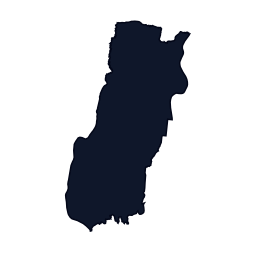 the district of Cheung Prey, Kâmpóng Cham, Cambodia, rotated 7°
{"feature_id": "14789045B53354113316917", "entity_name": "Cheung Prey", "entity_type": "district", "adm_level": 2, "iso_a3": "KHM", "parent_name": "Cambodia", "parent_adm1": "Kâmpóng Cham", "projection": "equal_earth", "projection_center": [105.065, 12.092], "detail": "fine", "context": "isolated", "style": "filled", "palette": "ink", "viewbox_px": 256, "rotation_deg": 7, "n_neighbors": 0, "source": "geoboundaries", "source_scale": "gbopen_adm2", "svg_char_len": 5810}
<svg xmlns="http://www.w3.org/2000/svg" viewBox="0 0 256 256"><g transform="rotate(7 128 128)"><path d="M103.2,234.9L104.4,234.4L104.4,233.0L103.9,232.1L105.5,229.4L107.0,228.4L107.6,227.7L109.7,226.2L110.5,226.3L111.3,226.9L111.6,226.9L112.1,225.7L112.7,225.8L112.7,224.6L114.4,224.8L115.9,225.7L116.7,225.7L117.3,225.3L117.3,224.2L117.4,223.4L116.9,222.0L117.1,221.2L118.1,221.4L118.8,221.1L119.2,221.1L120.0,220.7L120.6,220.8L121.4,220.2L121.9,220.3L121.7,219.8L122.0,219.1L121.6,219.0L120.6,217.4L120.8,217.1L121.9,217.7L121.9,216.9L122.3,216.8L123.0,215.8L124.0,216.2L125.1,217.1L125.5,218.0L126.5,221.2L126.9,221.8L127.6,221.9L128.4,221.6L128.8,222.0L129.1,223.3L129.7,223.7L129.9,222.8L130.4,222.1L130.3,221.1L129.6,220.1L129.9,219.6L130.0,218.7L129.6,217.9L130.5,217.4L131.8,217.1L132.5,219.0L133.1,219.6L133.4,221.6L134.0,221.9L134.8,221.5L135.4,222.1L135.6,223.0L136.0,223.2L136.1,222.1L137.5,221.9L138.3,222.1L138.7,223.2L139.4,223.2L139.9,223.1L140.0,222.3L139.3,221.4L138.8,220.2L138.8,217.9L138.1,216.9L138.4,215.6L139.0,214.8L140.1,214.2L141.6,214.2L142.7,214.1L143.9,213.0L146.6,211.8L147.4,209.7L147.9,209.1L148.9,211.0L149.9,212.1L151.3,212.0L152.9,211.0L153.8,209.9L154.0,208.2L153.4,205.3L152.6,202.5L153.0,201.1L153.3,200.5L151.2,201.5L150.9,200.1L151.7,196.0L152.5,194.5L152.7,192.7L152.3,191.8L151.6,191.4L151.3,190.8L151.3,189.8L151.9,188.9L151.9,185.5L151.5,179.8L151.2,172.7L150.3,170.5L150.2,165.2L150.8,164.3L151.5,164.5L152.0,163.7L152.3,163.5L152.7,163.5L153.2,163.2L153.8,163.4L154.4,162.6L154.7,162.5L155.2,162.0L155.0,161.0L155.2,160.5L155.2,159.4L155.4,158.3L155.0,158.1L155.0,156.7L154.7,156.1L155.4,155.4L155.5,154.8L155.9,154.6L156.4,153.2L156.7,153.2L157.3,152.4L157.4,151.6L157.8,151.3L157.9,150.8L158.5,149.3L160.2,147.4L160.9,147.0L160.5,146.3L160.5,144.9L160.8,144.6L161.1,143.3L161.9,141.9L161.8,141.4L162.7,138.4L162.6,132.0L163.6,131.2L166.6,131.1L166.3,114.5L170.8,114.4L170.5,112.6L167.7,102.8L166.7,97.4L166.7,94.8L167.2,91.7L167.8,90.8L168.4,90.0L170.2,88.3L171.4,87.6L172.3,87.4L173.7,87.5L176.5,87.3L177.9,86.9L178.9,86.2L179.6,85.0L181.5,79.5L181.7,77.8L181.5,76.4L181.3,75.1L180.4,72.5L178.9,69.9L175.5,65.7L173.3,62.4L172.3,60.8L171.5,58.1L171.3,56.1L172.5,51.7L173.3,49.4L173.8,47.7L173.8,46.5L173.5,45.2L172.2,42.4L172.0,40.3L172.2,38.9L173.7,34.8L177.2,28.6L177.7,27.2L177.1,27.4L176.8,27.0L176.7,26.4L176.3,26.5L176.0,26.1L175.5,26.4L174.9,25.7L174.1,26.5L173.9,26.2L173.0,26.4L173.0,26.8L172.6,26.8L172.4,26.4L171.9,26.7L171.0,26.5L170.5,26.8L170.0,26.6L169.7,26.3L168.7,26.0L168.3,26.1L167.9,27.0L167.3,27.8L166.8,28.8L166.0,29.3L164.2,31.3L163.9,32.4L164.0,34.1L163.6,35.1L163.2,35.6L162.9,35.9L161.2,36.3L160.7,36.7L160.3,36.6L159.6,37.1L159.0,36.7L158.7,36.9L158.2,37.0L157.7,36.9L157.2,37.1L156.7,37.4L156.6,38.2L156.7,38.7L156.5,39.0L155.5,38.5L154.9,38.9L154.3,38.6L153.4,38.0L153.3,38.5L152.8,38.5L152.4,38.7L151.0,38.4L150.1,38.5L149.8,38.4L149.0,37.2L148.6,37.1L148.3,36.6L148.1,36.3L148.2,35.2L148.5,34.1L148.5,33.4L148.8,32.5L148.8,30.5L148.7,29.8L148.9,29.3L149.0,28.9L148.7,28.1L149.0,27.1L148.9,26.4L149.2,25.6L148.1,24.3L146.8,24.5L146.2,24.9L145.8,24.5L145.3,24.7L141.7,23.9L141.2,23.9L140.0,23.3L139.6,23.4L139.0,24.1L138.3,23.7L138.0,23.7L137.9,24.5L137.1,24.7L136.5,23.7L135.8,23.7L134.9,24.2L134.4,24.1L133.3,23.3L131.0,23.8L130.2,23.4L129.1,23.3L128.2,22.3L126.4,21.3L125.1,21.1L121.8,21.2L119.2,21.7L118.4,21.8L116.0,22.9L114.6,23.1L114.3,23.3L113.2,23.2L112.7,23.7L111.8,24.0L109.3,24.1L107.0,24.7L105.9,24.6L105.1,25.0L104.6,24.9L104.7,25.7L104.2,26.3L103.9,27.0L103.2,27.4L103.4,28.1L103.6,28.3L104.0,28.4L104.6,29.3L103.4,30.7L103.8,31.2L103.7,31.8L104.1,32.2L104.2,32.6L103.5,33.0L103.6,33.4L104.2,34.4L104.4,35.8L103.9,37.2L104.2,37.5L104.7,37.5L104.9,37.8L104.6,38.2L104.6,39.1L104.3,39.7L103.7,38.8L103.4,39.3L103.3,40.1L102.8,40.3L102.4,40.7L101.2,40.5L100.9,40.9L101.2,41.2L101.8,41.3L101.7,41.8L101.1,42.1L101.0,43.4L101.2,43.9L101.2,45.4L100.5,45.5L99.9,46.3L100.4,46.3L100.4,47.6L101.0,47.7L101.0,48.3L100.2,48.8L100.7,49.6L100.3,50.4L100.7,50.7L100.8,51.1L101.3,50.9L101.9,51.4L101.8,51.8L101.2,51.9L101.4,52.7L101.0,52.8L100.7,53.1L100.7,53.6L101.1,53.5L101.3,54.1L100.9,54.1L100.8,54.7L100.9,55.9L100.6,56.5L100.7,56.9L100.4,57.4L100.7,57.8L100.8,58.3L100.4,58.9L100.5,59.5L101.1,59.0L101.2,59.5L101.8,60.3L101.3,61.2L101.4,61.9L101.2,62.4L100.9,62.5L101.0,63.3L100.6,64.0L100.7,65.1L101.0,65.6L101.7,65.3L101.4,66.2L100.7,66.8L101.1,67.3L101.7,67.1L101.6,67.6L101.8,68.1L102.2,67.9L102.6,68.4L102.7,69.3L102.3,69.6L102.4,70.1L103.2,70.2L102.9,70.6L103.9,71.7L104.2,71.5L104.5,71.8L104.8,71.5L105.1,71.8L104.8,72.6L105.0,72.8L105.5,72.8L105.7,73.5L105.3,73.9L105.5,74.5L105.1,75.2L104.5,75.6L103.9,75.2L103.3,75.7L103.1,76.1L102.6,76.2L102.1,76.8L101.9,76.5L101.1,77.2L100.5,77.0L100.3,77.9L99.9,78.2L99.8,78.6L99.6,79.0L99.9,79.6L99.6,81.3L99.7,81.7L99.7,82.5L99.9,83.4L100.5,83.8L100.7,84.3L101.0,84.5L101.4,85.1L101.9,86.0L102.0,86.5L101.8,87.2L101.4,87.4L100.8,88.4L100.3,88.4L99.5,89.1L98.8,90.2L97.9,92.2L96.4,97.4L96.5,98.3L96.2,99.5L96.3,100.0L96.0,100.5L96.4,102.3L96.4,103.1L95.4,112.2L95.6,113.1L95.2,113.6L94.8,115.1L95.1,116.4L95.8,117.2L95.7,117.7L96.0,118.4L95.8,119.3L95.9,119.8L95.8,120.8L96.1,121.2L96.2,123.1L96.1,125.5L96.2,126.1L96.2,127.8L95.8,130.2L95.3,131.6L93.8,134.9L93.0,136.1L91.1,139.4L90.5,140.9L89.5,142.8L87.3,144.2L86.7,144.1L83.6,143.2L81.4,143.1L79.8,143.9L78.0,147.3L77.2,149.2L76.7,150.7L76.9,156.8L78.2,163.7L77.9,166.2L77.1,168.4L76.1,172.1L75.5,185.1L75.5,186.2L75.2,188.8L75.2,191.1L75.9,193.6L76.1,195.4L75.8,197.2L75.3,198.8L74.5,200.7L74.3,202.2L74.9,205.1L76.0,209.0L77.1,214.7L78.1,217.6L78.9,219.9L79.6,221.3L81.6,223.7L83.5,224.9L89.2,226.0L95.2,228.2L98.5,230.2L101.8,232.7L102.8,233.6L103.2,234.9Z" fill="#0f172a" stroke="#020617" stroke-width="1.5"/></g></svg>